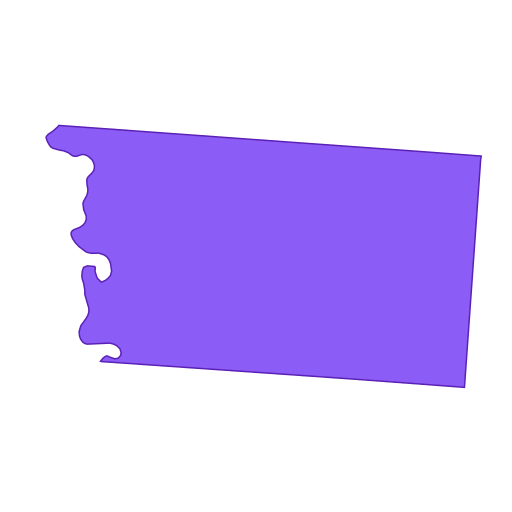 Pottawattamie, Iowa, United States of America, rotated 4°
{"feature_id": "52423323B19646678689776", "entity_name": "Pottawattamie", "entity_type": "district", "adm_level": 2, "iso_a3": "USA", "parent_name": "United States of America", "parent_adm1": "Iowa", "projection": "mercator", "projection_center": [-95.883, 41.333], "detail": "fine", "context": "isolated", "style": "filled", "palette": "violet", "viewbox_px": 512, "rotation_deg": 4, "n_neighbors": 0, "source": "geoboundaries", "source_scale": "gbopen_adm2", "svg_char_len": 1467}
<svg xmlns="http://www.w3.org/2000/svg" viewBox="0 0 512 512"><g transform="rotate(4 256 256)"><path d="M473.7,140.6L416.0,140.3L300.9,140.1L137.3,139.7L50.2,139.5L49.3,140.9L44.6,145.7L40.2,149.1L38.6,151.3L38.3,152.2L38.5,153.1L40.0,156.5L42.4,160.1L43.8,161.6L45.9,162.7L52.8,164.1L56.9,164.5L61.7,166.1L65.7,168.7L67.2,169.1L69.9,169.1L75.2,166.9L77.5,166.8L80.1,167.5L82.0,168.5L85.7,171.4L87.3,173.9L88.4,176.7L88.6,179.1L88.3,181.6L87.6,183.1L86.6,184.6L83.2,188.5L82.4,189.9L81.9,191.5L82.4,196.4L83.6,201.1L83.7,203.7L83.1,207.1L80.1,213.7L79.7,215.9L80.0,217.3L80.9,221.8L83.9,228.1L84.1,231.4L83.0,235.0L80.8,237.7L78.0,239.8L72.4,242.5L71.0,243.6L70.0,245.4L70.1,247.8L71.9,251.6L75.0,255.5L78.8,259.0L85.7,263.5L87.5,264.2L91.7,264.8L99.0,264.1L104.3,265.5L107.1,267.1L109.6,270.0L111.4,273.6L113.0,281.1L112.3,285.0L112.3,285.4L110.2,288.3L107.5,290.8L103.6,292.9L99.1,289.1L96.5,282.7L96.5,278.6L95.7,277.7L88.4,277.6L84.8,279.4L83.7,283.5L83.7,284.7L83.7,288.3L84.2,290.8L86.0,295.4L86.3,296.5L87.6,302.0L87.9,306.1L90.0,312.0L92.9,319.8L93.1,322.5L93.1,324.0L92.3,327.2L91.0,329.9L86.1,337.8L84.8,343.8L85.5,348.1L86.9,351.3L89.4,354.2L91.3,355.2L93.7,355.7L116.3,353.1L120.4,353.9L123.7,355.4L126.8,358.2L128.2,362.0L127.9,364.6L125.7,367.5L122.4,368.4L116.2,366.8L115.1,366.2L113.9,366.1L112.8,366.6L110.5,368.6L108.2,371.8L109.3,372.1L358.1,372.0L473.1,372.5L473.4,144.1L473.7,140.6Z" fill="#8b5cf6" stroke="#5b21b6" stroke-width="1.5"/></g></svg>